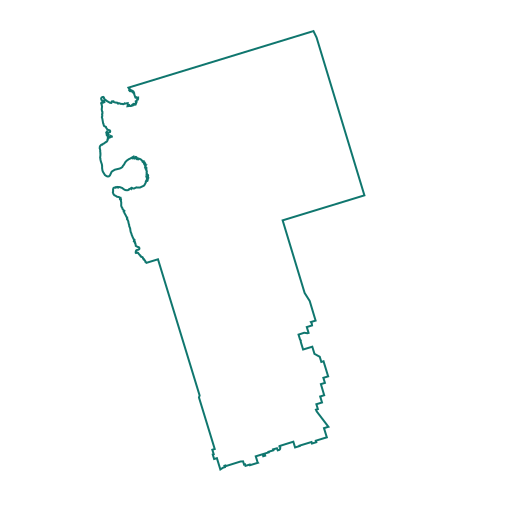 the district of Mount Marshall, Western Australia, Australia, rotated 343°
{"feature_id": "25037944B9675874244357", "entity_name": "Mount Marshall", "entity_type": "district", "adm_level": 2, "iso_a3": "AUS", "parent_name": "Australia", "parent_adm1": "Western Australia", "projection": "natural_earth1", "projection_center": [117.638, -30.294], "detail": "fine", "context": "isolated", "style": "outline", "palette": "teal", "viewbox_px": 512, "rotation_deg": 343, "n_neighbors": 0, "source": "geoboundaries", "source_scale": "gbopen_adm2", "svg_char_len": 5963}
<svg xmlns="http://www.w3.org/2000/svg" viewBox="0 0 512 512"><g transform="rotate(343 256 256)"><path d="M149.3,230.5L161.3,230.5L161.3,372.9L160.1,374.6L160.1,428.5L157.6,428.5L157.6,433.2L156.6,433.2L156.6,437.9L159.5,437.9L159.5,449.7L162.6,448.8L164.5,448.8L164.5,447.4L165.5,447.4L165.5,448.1L181.1,448.0L183.6,448.6L183.6,452.0L184.6,452.0L184.6,453.6L189.1,453.6L189.1,454.3L197.4,454.3L197.2,453.8L197.2,447.5L204.4,447.5L204.4,449.6L206.4,449.6L206.4,447.5L210.7,447.5L210.7,446.9L215.8,446.9L215.8,445.9L219.8,446.0L220.0,448.2L221.7,448.2L222.6,447.6L223.1,446.6L223.4,445.5L222.7,445.1L222.9,444.6L237.4,444.5L237.4,450.5L242.2,450.5L242.2,450.1L254.7,450.1L254.7,451.7L259.2,451.7L259.2,450.1L270.7,450.1L270.7,440.5L275.3,440.5L268.6,422.4L268.4,420.5L270.4,420.5L270.4,415.4L276.3,415.4L276.3,409.1L277.3,409.1L277.5,409.2L277.8,409.1L280.5,409.1L280.6,397.5L284.8,397.5L284.8,392.2L289.8,392.2L289.8,376.4L287.5,376.4L287.5,371.0L283.3,366.7L283.3,359.2L273.7,359.2L273.7,351.0L274.1,350.2L274.1,349.6L273.7,349.0L273.7,343.6L279.7,343.5L282.6,344.9L283.8,344.9L283.8,338.8L289.3,338.8L289.6,336.8L289.2,335.2L294.1,335.2L294.2,314.7L291.7,305.6L291.9,229.7L377.4,229.7L377.8,64.8L376.7,57.7L183.2,57.7L183.4,58.6L183.9,58.8L184.0,59.9L183.2,60.4L183.6,61.5L184.2,61.7L184.8,60.6L185.3,61.3L186.1,61.8L186.9,62.9L187.0,63.7L185.9,63.2L186.8,64.8L187.0,69.3L187.7,69.7L188.2,69.3L188.8,69.9L189.6,70.0L189.2,71.3L188.6,71.9L188.2,71.7L186.9,72.7L186.2,72.9L186.1,73.7L186.7,74.0L185.1,76.0L183.9,75.8L184.1,75.5L184.7,75.2L183.5,74.7L182.2,75.1L182.5,75.6L182.3,76.0L180.1,76.0L178.9,75.5L176.9,75.2L177.3,74.5L178.1,74.5L178.6,74.2L177.9,73.6L177.7,73.1L177.6,72.6L177.8,72.3L175.4,72.0L175.0,71.6L174.2,72.0L173.3,72.0L172.9,71.6L171.0,70.9L170.2,70.1L169.6,69.9L168.7,70.0L168.4,69.8L168.3,69.5L168.7,69.4L168.5,69.1L167.7,68.6L166.3,68.1L164.4,66.7L164.6,66.3L163.4,66.0L162.9,66.4L162.4,67.3L161.3,66.9L158.8,64.3L156.2,60.5L156.7,60.8L156.9,60.5L156.8,59.7L156.4,59.2L155.6,59.1L154.7,59.3L154.0,60.0L153.8,61.4L154.7,62.9L156.2,63.5L156.0,63.9L156.0,64.5L154.7,64.7L153.5,64.0L153.0,64.1L152.7,64.5L152.5,65.0L152.9,65.5L152.5,67.0L152.6,67.7L151.3,70.8L151.1,72.7L151.3,73.4L150.6,74.8L150.7,75.1L150.1,75.8L150.0,77.1L149.2,78.1L149.2,79.7L148.6,84.4L148.8,85.1L148.6,85.9L148.8,87.4L150.2,88.6L150.1,89.2L150.9,91.7L152.9,93.1L153.1,94.0L152.6,94.8L151.5,94.9L150.1,94.3L149.8,93.5L148.9,94.1L148.9,94.8L148.6,97.0L148.9,97.5L149.2,97.3L149.3,96.3L149.7,95.7L150.2,96.3L150.2,96.9L149.4,98.0L149.7,98.7L151.8,99.3L152.2,99.0L152.2,98.7L153.1,99.5L153.0,99.8L151.8,99.7L150.8,100.0L150.6,99.6L149.5,99.4L148.9,99.5L148.7,100.0L148.9,100.3L148.8,100.8L148.0,101.2L147.8,102.1L146.7,103.0L146.0,103.0L145.7,103.3L144.8,103.4L143.9,103.9L142.6,104.0L141.6,104.6L141.1,104.3L140.3,104.5L138.8,105.5L138.0,107.2L138.1,107.7L138.0,108.7L137.8,110.0L137.5,110.6L137.3,112.3L137.0,112.7L136.9,113.6L135.6,116.6L135.7,117.3L135.4,118.3L135.3,120.3L135.4,123.5L135.2,124.2L135.2,124.8L134.5,127.0L134.4,128.0L134.2,128.9L134.2,130.5L135.2,134.4L136.5,136.0L137.6,136.7L138.7,136.8L139.9,136.2L142.4,133.4L143.1,133.0L146.2,132.2L151.1,132.5L152.3,132.4L154.1,131.9L155.1,130.9L156.5,130.0L158.4,128.1L160.3,127.0L162.8,126.2L163.9,126.1L166.9,125.4L166.2,126.3L166.3,126.5L167.3,126.6L168.3,127.3L169.0,127.2L167.9,126.1L168.4,125.9L168.8,125.5L168.6,125.9L170.1,126.1L170.5,126.5L170.4,127.6L170.1,128.1L170.4,128.6L171.4,129.0L171.5,128.5L171.4,127.9L173.6,129.5L174.4,130.4L175.0,131.7L175.3,131.8L175.6,131.5L175.3,132.1L176.3,132.6L176.1,133.0L175.5,133.3L176.0,133.9L176.5,133.6L176.8,133.9L176.7,134.4L176.3,134.3L175.9,134.6L175.9,134.9L176.6,135.3L176.7,134.9L177.1,135.0L177.2,135.3L177.1,135.6L176.3,136.2L176.6,136.6L177.2,136.9L176.3,137.5L176.5,138.1L176.0,138.7L176.6,139.2L175.9,139.6L175.9,140.1L177.5,140.8L176.5,140.7L176.2,141.0L176.1,141.6L176.4,142.8L176.1,143.3L176.2,143.6L175.4,144.8L175.8,144.5L175.8,144.8L175.2,145.7L175.6,146.5L175.9,146.8L176.1,146.7L176.2,147.0L176.4,147.1L176.4,147.4L176.3,147.6L176.1,147.2L175.5,147.2L175.3,147.4L175.3,148.3L175.8,149.1L175.9,149.8L175.4,150.1L175.4,149.5L175.1,149.5L174.8,150.3L175.0,150.8L174.8,150.9L174.7,150.3L174.8,149.9L174.4,149.3L174.4,150.1L173.8,151.4L174.2,151.6L174.6,151.4L174.4,152.1L174.2,152.1L173.9,152.4L173.0,151.9L172.3,152.7L172.2,153.4L171.8,153.8L170.2,155.4L169.3,156.0L165.1,156.6L161.9,155.6L161.7,155.4L159.1,155.8L157.3,155.1L157.5,155.0L157.4,154.7L157.1,154.4L156.7,154.4L156.2,155.2L156.0,154.9L154.3,154.9L153.9,155.4L152.7,155.6L151.0,155.1L150.0,154.5L148.9,153.3L148.0,151.9L145.9,150.3L143.3,149.3L143.0,149.4L143.1,149.7L142.7,149.5L142.4,149.7L142.7,149.4L141.8,149.1L141.5,149.2L141.5,149.4L142.1,149.7L141.8,149.7L140.8,149.2L139.9,149.2L139.4,149.5L138.6,150.9L138.4,152.1L137.7,153.3L137.8,155.2L138.3,156.5L139.3,157.3L140.4,158.7L142.1,159.5L142.7,160.2L142.7,160.6L143.0,160.5L143.5,160.7L143.5,161.2L143.3,161.7L141.9,162.7L143.4,162.1L143.5,162.4L142.9,163.8L142.8,165.4L141.8,168.5L141.8,169.6L142.2,171.1L142.1,171.9L142.8,173.4L142.6,174.2L143.1,174.2L143.3,174.4L142.7,175.1L142.8,176.8L143.2,178.3L143.5,180.3L143.7,181.1L143.7,181.9L143.6,182.4L143.9,182.3L143.7,183.3L144.0,185.6L143.8,186.5L143.8,187.1L143.7,188.0L143.8,189.2L143.5,190.2L143.7,192.8L143.3,195.3L143.2,196.6L143.4,198.2L143.3,199.4L143.5,200.8L143.5,201.5L144.0,204.7L144.2,204.9L144.0,205.0L143.9,205.6L143.6,206.1L143.8,206.2L143.9,207.1L144.3,206.6L144.3,209.3L144.0,211.2L145.7,212.9L146.4,213.2L146.6,213.6L146.8,214.3L146.6,215.0L146.3,215.3L145.3,215.6L144.0,215.4L143.1,215.6L142.5,216.3L141.9,217.7L142.0,217.9L142.7,217.7L142.9,217.8L143.0,218.2L143.6,218.3L144.5,217.7L144.0,218.2L144.8,220.5L145.7,221.9L145.5,222.3L146.0,223.3L147.0,223.8L147.3,224.3L147.2,225.2L147.4,225.4L147.4,225.7L147.7,225.8L148.0,225.4L147.7,226.7L148.1,226.9L148.6,228.4L148.5,229.3L149.3,230.0L149.3,230.5Z" fill="none" stroke="#0f766e" stroke-width="2"/></g></svg>